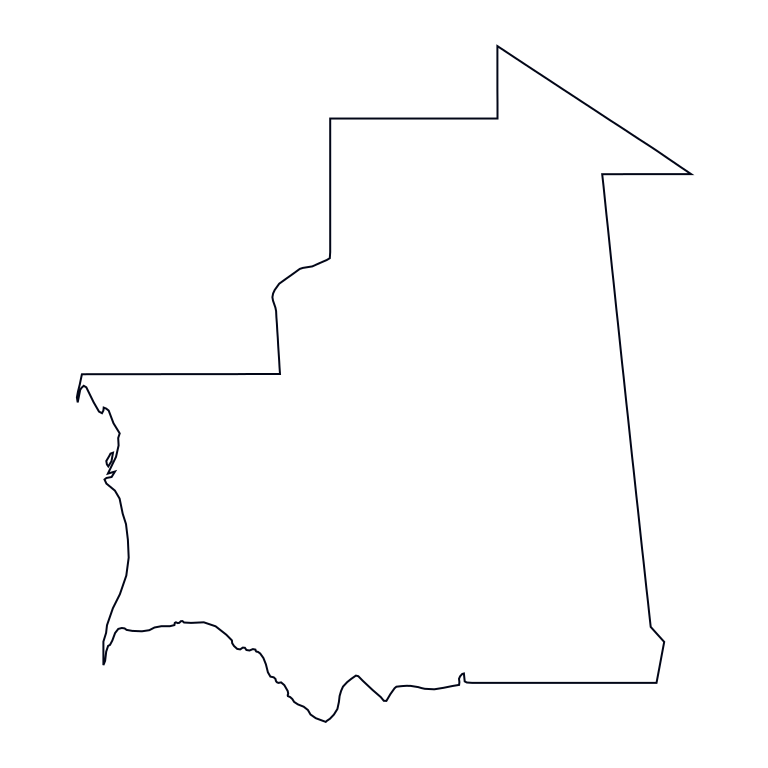 Mauritania, Mercator projection
{"feature_id": "MRT", "entity_name": "Mauritania", "entity_type": "country or territory", "adm_level": 0, "iso_a3": "MRT", "parent_name": "Africa", "parent_adm1": "", "projection": "mercator", "projection_center": [-11.622, 21.016], "detail": "fine", "context": "isolated", "style": "outline", "palette": "ink", "viewbox_px": 768, "rotation_deg": 0, "n_neighbors": 0, "source": "natural_earth", "source_scale": "50m", "svg_char_len": 3954}
<svg xmlns="http://www.w3.org/2000/svg" viewBox="0 0 768 768"><path d="M316.9,718.6L315.8,718.2L310.5,714.5L307.9,710.0L303.7,706.7L297.9,704.4L294.1,701.9L292.3,699.0L290.2,697.1L287.9,696.1L287.7,695.1L288.2,693.6L287.7,691.0L284.3,685.1L281.1,682.4L278.4,682.9L276.8,682.2L275.9,680.9L275.5,679.0L273.7,677.3L270.4,676.6L267.9,672.3L265.9,664.3L263.4,658.0L260.2,653.5L258.0,651.9L256.4,651.6L255.8,650.9L255.4,649.6L252.9,649.1L249.5,650.5L246.4,650.0L244.9,647.8L242.8,647.6L240.2,649.4L237.2,648.9L234.0,646.0L232.2,643.2L231.9,640.4L226.3,634.7L215.6,626.3L203.8,622.3L191.1,622.9L184.0,622.5L182.5,621.1L180.9,621.2L179.3,622.8L177.7,623.1L175.9,622.3L174.8,622.9L174.4,625.1L169.9,626.2L161.4,626.2L154.5,627.5L149.3,630.2L141.9,631.3L132.3,630.9L126.6,629.9L124.6,628.4L121.8,628.0L118.3,628.9L115.1,633.0L112.3,640.6L110.0,644.9L108.1,645.9L106.2,651.6L105.1,660.9L103.4,665.1L103.4,641.6L106.1,632.9L107.0,625.2L112.9,608.2L119.9,594.2L126.3,575.6L128.7,557.6L127.9,539.9L126.0,524.1L122.7,513.7L119.6,498.6L114.9,490.6L106.4,483.6L104.5,479.5L106.4,478.0L111.6,477.0L115.0,471.5L107.9,473.6L116.0,456.9L118.6,445.5L118.2,438.0L119.7,433.4L113.5,423.3L108.7,410.6L106.2,408.6L103.7,407.6L103.4,410.5L102.0,413.2L99.0,411.6L93.7,402.4L86.3,387.3L83.7,385.8L81.5,387.9L80.2,389.8L77.7,402.4L76.9,397.4L78.0,391.5L79.8,384.3L81.9,374.3L88.3,374.2L99.8,374.2L111.3,374.2L122.8,374.2L134.3,374.2L145.8,374.2L157.3,374.2L168.8,374.1L180.4,374.1L191.9,374.1L203.4,374.1L214.9,374.1L226.4,374.1L237.9,374.1L249.4,374.0L260.9,374.0L272.4,374.0L280.0,374.0L279.5,366.8L279.2,361.2L278.7,353.5L278.2,345.9L277.8,338.3L277.3,331.1L276.9,323.9L276.4,317.3L276.1,311.1L275.4,307.6L273.0,300.6L272.4,297.2L273.1,293.5L274.7,290.0L279.2,283.7L286.0,278.8L293.9,273.2L299.8,268.9L302.9,267.9L312.3,266.4L319.6,263.1L326.8,260.0L329.8,258.2L330.2,252.2L330.2,245.6L330.2,238.1L330.2,230.6L330.2,223.2L330.2,215.7L330.2,208.2L330.2,200.7L330.2,193.2L330.2,185.6L330.2,178.1L330.2,170.6L330.2,163.0L330.2,155.5L330.2,147.9L330.2,140.3L330.2,132.8L330.2,125.2L330.2,118.5L337.7,118.5L347.0,118.5L356.4,118.5L365.7,118.5L375.1,118.5L384.4,118.5L393.8,118.5L403.1,118.5L412.5,118.5L421.8,118.5L431.2,118.5L440.5,118.5L449.9,118.5L459.2,118.5L468.6,118.5L477.9,118.5L487.2,118.5L497.5,118.5L497.5,112.2L497.5,103.0L497.4,90.4L497.4,77.8L497.4,66.6L497.4,55.5L497.4,46.1L506.8,52.3L516.3,58.6L525.7,64.8L535.1,71.0L544.6,77.2L554.0,83.4L563.4,89.6L572.9,95.8L582.3,102.0L591.8,108.2L601.2,114.4L610.6,120.6L620.1,126.7L629.5,132.9L638.9,139.1L648.4,145.2L656.3,150.4L668.4,158.7L679.7,166.4L691.1,174.1L673.5,174.1L650.1,174.1L634.1,174.1L617.6,174.2L602.2,174.2L603.6,186.8L605.0,200.5L606.4,214.2L607.9,227.9L609.3,241.5L610.7,255.1L612.1,268.7L613.6,282.3L615.0,295.8L616.4,309.4L617.9,322.9L619.3,336.3L620.7,349.8L622.1,363.2L623.6,376.6L625.0,390.0L626.4,403.3L627.9,416.7L629.3,430.0L630.7,443.3L632.1,456.6L633.6,469.8L635.0,483.0L636.4,496.2L637.9,509.4L639.3,522.6L640.7,535.8L642.1,548.9L643.6,562.0L645.0,575.1L646.4,588.2L647.9,601.2L649.3,614.3L650.7,626.9L656.6,633.5L664.2,641.9L662.0,653.6L659.4,667.6L656.5,682.9L645.9,682.9L635.7,682.9L625.4,682.9L615.2,682.9L605.0,682.9L594.7,682.9L584.5,682.9L574.3,682.9L564.0,682.9L553.8,682.9L543.6,682.9L533.3,682.9L523.1,682.9L512.9,682.9L502.6,682.9L492.4,682.9L482.2,682.9L472.6,682.9L466.8,682.5L464.7,681.4L463.9,673.5L462.2,674.0L460.1,676.3L459.0,678.8L459.4,682.1L459.1,684.9L452.5,686.0L443.6,687.8L434.3,689.3L424.8,688.8L421.6,688.1L418.2,687.1L410.7,685.9L406.6,685.8L401.9,686.1L396.4,686.7L394.6,688.2L390.4,694.1L386.4,700.9L383.8,700.8L380.8,697.1L372.7,690.1L362.8,680.8L358.3,676.2L355.9,675.6L351.2,678.9L347.2,682.1L343.0,686.6L341.1,690.9L339.6,696.0L338.9,702.0L337.4,709.0L333.9,714.6L329.9,718.8L326.9,720.8L325.7,721.9L316.9,718.6ZM111.5,461.2L108.3,466.4L106.9,464.4L106.3,461.0L109.2,456.1L110.5,453.6L113.0,452.7L111.5,461.2Z" fill="none" stroke="#020617" stroke-width="2"/></svg>